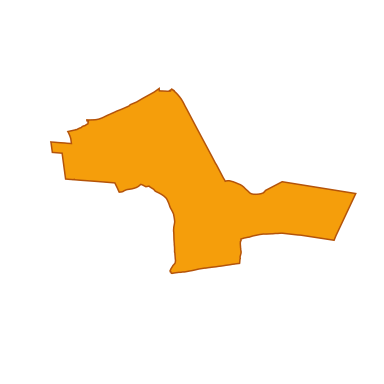 outline of Diemen, Noord-Holland, Netherlands, rotated 28°
{"feature_id": "6326949B31079897562518", "entity_name": "Diemen", "entity_type": "district", "adm_level": 2, "iso_a3": "NLD", "parent_name": "Netherlands", "parent_adm1": "Noord-Holland", "projection": "robinson", "projection_center": [4.985, 52.335], "detail": "fine", "context": "isolated", "style": "filled", "palette": "amber", "viewbox_px": 384, "rotation_deg": 28, "n_neighbors": 0, "source": "geoboundaries", "source_scale": "gbopen_adm2", "svg_char_len": 5729}
<svg xmlns="http://www.w3.org/2000/svg" viewBox="0 0 384 384"><g transform="rotate(28 192 192)"><path d="M267.5,232.7L267.4,232.3L266.1,229.3L266.0,229.1L266.0,228.9L265.9,228.6L265.8,228.1L265.7,228.0L265.6,227.8L265.6,227.7L265.4,227.5L265.3,227.4L265.0,226.9L264.8,226.4L264.6,225.5L264.0,223.0L263.6,222.1L263.2,221.4L262.7,220.8L262.1,220.1L261.5,219.0L261.2,218.6L260.6,217.8L260.4,217.3L259.4,215.8L259.2,215.4L259.0,215.1L258.8,214.7L258.6,214.4L258.4,213.8L258.1,213.3L258.0,213.1L258.0,212.9L258.1,212.7L258.1,212.4L258.0,211.9L258.0,211.6L257.8,211.4L257.5,210.9L257.3,210.7L258.2,209.6L258.6,209.3L258.8,209.1L259.0,208.9L259.5,208.3L260.5,207.5L263.0,205.4L263.3,205.3L263.5,205.2L266.4,202.2L267.3,201.5L267.5,201.3L267.6,201.2L268.6,200.4L271.6,197.9L273.1,196.8L274.6,195.7L276.5,194.7L277.8,194.0L281.1,192.0L282.7,191.1L285.2,189.4L287.1,188.4L288.6,187.4L290.1,186.5L290.4,186.3L290.7,186.2L291.3,185.9L305.5,180.3L308.4,179.0L340.1,167.9L339.6,163.0L337.3,116.5L266.8,140.6L256.1,156.2L256.0,157.4L255.8,158.0L255.6,158.4L255.7,158.5L255.5,158.9L255.4,159.2L255.2,159.5L254.9,159.8L254.6,160.1L254.3,160.5L254.0,160.8L253.6,161.2L253.1,161.6L252.7,161.9L252.1,162.4L250.9,163.2L250.4,163.5L249.7,163.9L249.0,164.3L248.3,164.6L248.0,164.8L247.7,165.0L247.4,165.1L247.0,165.2L246.4,165.4L246.0,165.5L245.2,165.7L244.9,165.7L244.4,165.7L244.0,165.7L243.6,165.7L243.3,165.6L242.9,165.5L242.7,165.5L241.9,165.2L241.2,165.0L240.5,164.8L239.6,164.6L238.7,164.4L237.0,163.9L235.8,163.5L235.1,163.3L234.6,163.2L233.8,163.1L232.9,162.9L232.6,162.9L232.1,162.9L231.7,162.9L231.4,162.8L230.9,162.9L230.4,162.9L229.9,163.0L226.3,163.3L225.4,163.4L224.8,163.5L223.7,163.6L222.8,163.8L222.0,164.0L220.9,164.2L220.6,164.3L219.9,164.5L219.3,164.7L218.8,165.0L218.4,165.2L218.1,165.4L217.7,165.7L217.2,166.0L216.3,166.9L215.5,166.3L213.1,164.9L212.5,164.5L204.2,158.8L201.1,156.7L200.5,156.3L200.2,156.1L199.9,156.0L199.6,155.9L199.3,155.7L192.9,151.3L165.8,133.1L148.6,121.4L145.4,119.3L143.9,118.2L141.7,116.7L140.7,116.1L139.7,115.5L138.9,115.0L137.6,114.4L136.8,114.0L135.6,113.5L134.6,113.1L133.7,112.7L131.6,112.0L130.4,111.7L128.3,111.1L128.4,110.9L127.7,110.8L127.6,111.0L125.8,110.6L125.1,112.4L125.0,112.5L125.6,112.6L125.6,112.9L125.2,113.2L124.7,113.6L124.4,113.7L123.9,114.1L123.2,114.5L121.9,115.1L121.2,115.4L120.7,115.6L120.2,115.9L119.2,116.3L117.5,117.2L116.8,117.5L116.5,117.6L116.0,117.8L115.8,117.9L115.7,118.0L115.1,117.2L114.4,116.0L111.7,121.5L104.4,132.7L100.8,138.6L96.4,144.0L96.3,144.9L95.7,146.0L90.8,152.2L87.5,156.0L86.2,157.8L81.4,163.9L77.9,168.7L75.5,171.4L73.4,173.1L71.9,174.1L67.9,176.4L65.3,177.7L65.8,178.5L66.6,178.3L67.2,178.1L67.6,179.2L67.5,179.3L67.7,179.7L68.0,180.4L68.1,180.7L68.0,180.9L67.8,181.1L67.7,181.3L67.2,181.8L67.1,182.1L66.9,182.4L66.8,182.6L66.8,182.9L66.8,183.0L66.7,183.2L66.5,183.3L66.4,183.4L66.2,183.8L65.9,184.1L65.2,184.6L65.0,184.9L64.9,185.1L64.7,185.3L64.5,185.5L64.4,185.6L64.3,185.8L64.2,186.4L64.1,186.7L64.0,187.0L63.8,187.2L63.7,187.4L63.3,187.8L63.0,188.1L62.9,188.2L62.5,188.6L62.3,189.0L62.1,189.3L61.6,189.9L61.6,190.0L61.2,190.7L61.1,190.8L61.0,191.0L60.9,191.1L60.2,191.4L60.1,191.5L60.0,191.8L54.0,196.9L55.9,198.2L56.2,198.5L57.5,199.5L58.8,200.7L60.0,201.9L61.0,203.3L62.8,205.8L58.9,207.6L56.8,208.4L52.4,210.4L50.1,211.4L47.5,212.5L45.0,213.6L44.3,213.9L43.9,214.1L44.5,214.8L50.1,222.6L59.1,218.7L65.7,227.9L68.5,231.8L74.3,239.9L76.6,238.9L77.6,238.5L81.4,236.8L81.5,236.7L81.5,236.8L81.9,236.6L86.3,234.7L89.1,233.5L99.7,228.8L104.3,226.8L108.9,224.8L119.6,220.2L123.6,223.1L124.7,223.9L125.2,224.3L125.9,224.9L127.8,226.3L128.3,226.0L129.3,225.3L129.6,225.1L130.0,224.8L130.2,224.6L130.4,224.4L130.6,224.2L130.8,224.0L131.0,223.6L131.2,223.2L132.6,221.3L133.6,220.3L137.5,217.4L139.3,215.7L140.8,214.1L141.8,212.6L142.3,211.6L143.2,209.3L144.2,209.1L145.2,209.0L146.4,209.0L148.8,209.0L151.3,207.0L152.5,207.3L156.9,207.6L159.1,208.5L159.6,208.5L160.1,208.5L161.0,208.5L162.5,208.4L163.8,208.4L165.2,208.4L166.9,208.5L167.7,208.6L168.7,208.7L169.6,208.9L171.1,209.3L172.1,209.6L172.6,209.8L173.0,210.1L173.7,210.5L174.2,210.9L175.9,212.2L176.9,213.0L178.4,214.4L178.9,214.9L179.7,215.6L180.6,216.3L181.7,217.0L181.9,217.1L183.8,218.4L185.0,219.3L185.5,219.7L186.4,220.5L186.7,221.0L187.8,222.3L189.0,223.9L189.7,224.9L190.2,225.6L190.7,226.4L190.9,226.9L191.2,227.7L191.5,228.6L191.9,229.9L192.5,231.8L192.9,232.6L193.3,233.6L194.1,235.2L194.4,235.6L194.6,235.8L195.9,238.0L198.5,242.6L200.8,246.2L200.9,246.4L200.9,246.5L201.0,246.7L201.2,247.0L201.8,247.9L202.7,249.3L202.9,249.7L203.2,250.2L204.0,251.6L204.3,252.3L204.6,252.8L204.9,253.3L205.4,253.8L205.8,254.3L206.0,254.6L206.3,255.2L206.5,255.5L206.9,256.1L208.6,258.8L209.3,259.8L209.6,260.2L209.8,260.8L210.1,261.5L210.3,262.1L210.4,262.7L210.4,263.0L210.4,263.3L210.3,263.6L210.1,264.4L210.0,264.8L209.8,265.5L209.7,266.0L209.7,266.5L209.7,267.1L209.6,267.8L209.6,268.4L209.5,269.2L209.5,270.1L209.6,270.4L209.6,270.6L209.6,270.9L209.5,271.5L209.7,271.9L209.9,272.2L210.2,272.6L210.7,272.4L210.8,272.5L211.1,272.8L211.9,273.4L212.6,273.2L213.4,272.6L214.1,272.0L214.3,271.9L214.5,271.7L215.1,271.3L216.0,270.6L216.8,270.1L217.4,269.6L218.1,269.1L218.9,268.7L219.6,268.3L220.0,268.0L221.3,267.0L222.6,266.3L223.1,266.0L225.1,264.4L226.8,263.0L227.7,262.3L228.9,261.4L231.7,259.0L233.6,257.3L234.2,256.8L235.9,255.5L236.6,255.0L238.3,253.7L239.0,253.2L239.9,252.7L242.0,251.1L242.7,250.6L243.5,250.1L244.2,249.5L245.1,248.9L246.9,247.7L247.2,247.5L248.1,246.9L249.8,245.6L250.7,244.9L251.5,244.4L252.8,243.5L255.7,241.3L256.3,240.8L257.6,239.9L260.1,238.1L261.4,237.0L263.3,235.7L264.3,234.9L266.5,233.4L267.5,232.7Z" fill="#f59e0b" stroke="#b45309" stroke-width="1.5"/></g></svg>